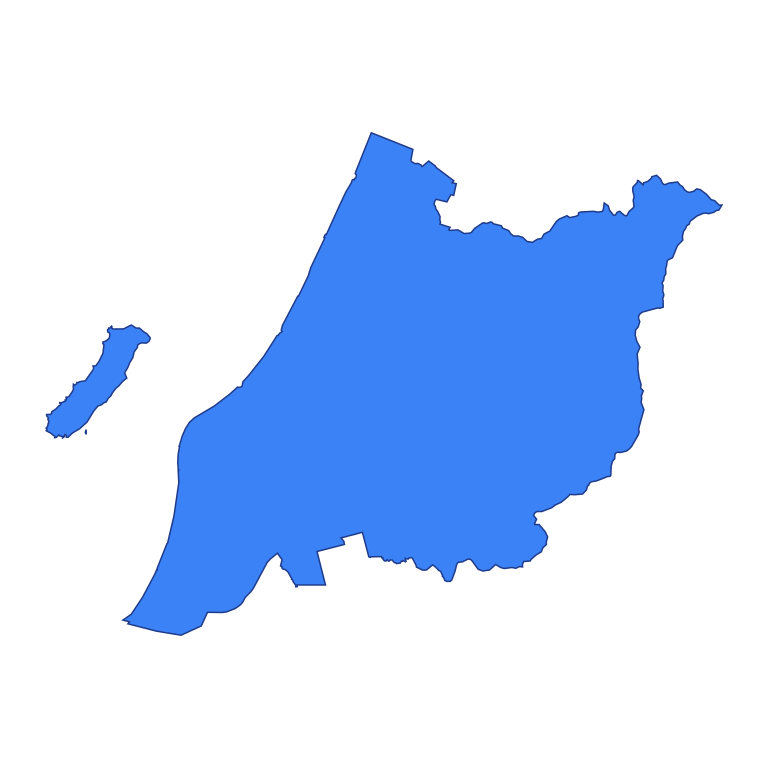 outline of Kapiti Coast District, Wellington, New Zealand
{"feature_id": "76426892B40296921759207", "entity_name": "Kapiti Coast District", "entity_type": "district", "adm_level": 2, "iso_a3": "NZL", "parent_name": "New Zealand", "parent_adm1": "Wellington", "projection": "mercator", "projection_center": [175.125, -40.857], "detail": "fine", "context": "isolated", "style": "filled", "palette": "blue", "viewbox_px": 768, "rotation_deg": 0, "n_neighbors": 0, "source": "geoboundaries", "source_scale": "gbopen_adm2", "svg_char_len": 6062}
<svg xmlns="http://www.w3.org/2000/svg" viewBox="0 0 768 768"><path d="M721.9,205.0L719.2,205.2L714.7,200.7L711.1,199.6L706.5,194.3L700.2,189.6L696.6,188.9L693.7,191.3L689.2,192.4L687.2,191.8L684.7,189.9L682.5,186.6L680.1,185.1L677.6,182.0L668.8,183.1L665.6,184.5L663.8,184.4L662.5,183.3L660.6,179.1L656.6,175.3L651.9,176.7L651.6,177.9L647.8,181.4L643.6,182.8L643.1,184.8L638.4,180.6L637.5,180.5L637.3,182.4L633.2,186.7L632.7,188.2L632.8,191.0L634.1,196.7L633.2,200.3L634.0,206.4L633.0,208.1L629.1,211.4L627.2,215.1L626.2,215.9L624.4,215.4L619.7,211.3L617.1,212.3L615.4,215.0L613.6,215.2L609.6,210.4L608.2,205.8L604.2,203.0L603.4,208.9L602.8,210.8L602.1,211.4L598.3,212.1L593.1,211.3L581.0,212.0L579.0,212.5L578.5,213.2L578.3,215.2L576.0,216.3L569.7,217.6L567.0,215.7L559.3,219.0L556.1,221.8L549.8,231.1L544.1,234.0L541.6,238.5L537.4,239.2L532.5,242.3L527.1,241.5L522.6,237.3L518.0,235.9L514.5,236.1L512.9,235.5L510.6,233.6L508.7,230.6L502.4,228.0L501.5,225.8L493.5,223.8L491.8,222.2L490.7,221.9L486.8,223.5L483.6,222.7L482.6,223.0L474.6,228.4L471.4,232.4L469.3,233.2L464.1,233.5L458.0,229.9L449.8,230.4L448.8,229.9L450.1,227.3L439.9,224.1L440.5,222.6L439.8,219.4L440.1,216.6L437.8,211.6L436.0,209.2L435.3,206.2L434.1,204.6L434.7,201.2L436.1,199.3L446.9,201.9L450.8,194.7L453.7,195.4L456.3,183.7L452.0,182.7L453.8,180.8L436.3,167.6L435.1,165.8L428.7,161.0L422.2,166.6L420.9,164.8L417.5,163.3L416.1,163.8L414.7,163.4L411.3,161.5L410.9,160.4L412.9,149.4L371.3,132.8L355.7,171.8L355.2,173.6L356.4,175.0L356.0,177.5L354.6,178.6L354.3,179.8L353.1,179.5L352.2,180.1L351.3,182.9L346.0,191.7L339.9,204.6L326.6,234.0L326.3,234.6L325.4,234.3L324.6,235.7L323.9,237.5L324.9,237.8L310.8,267.5L308.3,275.7L298.4,296.4L297.7,296.2L282.5,325.3L281.2,330.0L282.2,331.5L279.9,333.0L278.2,335.3L277.1,335.5L263.7,356.5L248.7,375.4L242.9,381.8L242.0,386.4L239.9,387.4L237.5,387.1L229.7,394.2L214.2,406.1L194.4,417.8L189.4,422.4L185.5,428.6L182.3,435.9L179.1,446.5L179.5,446.6L178.1,454.7L177.8,462.7L178.2,469.8L178.7,469.8L178.7,470.8L178.2,470.8L178.8,482.7L174.0,515.7L167.6,543.1L166.9,543.8L157.3,567.9L157.2,569.8L156.8,569.5L154.7,574.4L142.5,597.4L131.3,614.2L122.9,620.1L129.4,621.8L127.9,623.8L156.6,631.2L181.0,635.2L201.3,625.9L207.5,612.3L221.8,612.5L226.6,611.9L235.2,608.5L240.2,605.0L242.6,602.3L245.3,597.3L250.7,591.9L253.4,588.2L267.1,562.6L270.2,559.1L277.4,553.2L282.1,559.7L280.5,565.9L282.1,566.9L281.9,567.9L282.6,568.9L285.2,569.6L287.7,571.6L291.8,578.7L291.6,579.4L292.8,580.1L293.0,581.5L295.6,585.1L295.9,586.9L297.3,586.6L296.7,585.0L325.5,585.0L317.0,551.5L344.5,544.4L343.8,541.2L341.0,537.9L362.4,532.3L368.8,556.8L370.4,557.4L370.9,556.8L381.4,556.6L381.8,557.9L382.8,557.8L383.1,559.4L384.5,560.9L386.2,560.9L386.7,559.9L387.4,559.8L388.4,561.1L389.5,561.0L390.2,560.0L392.1,560.0L394.3,562.6L395.9,562.9L396.5,563.6L400.3,563.1L401.2,561.3L402.4,561.3L402.8,560.6L405.5,561.8L406.1,561.4L405.1,558.4L408.1,559.1L408.6,558.2L411.1,557.6L412.5,558.3L416.0,565.1L416.5,567.1L422.5,570.1L426.5,570.0L432.6,564.9L435.5,567.0L438.9,570.6L440.5,571.2L442.6,575.6L442.3,576.1L444.0,578.2L444.6,580.2L446.6,581.4L450.2,581.4L451.8,579.9L455.1,571.0L456.6,564.7L457.6,562.9L458.9,562.2L462.3,561.9L468.2,559.0L470.5,559.4L472.1,560.9L478.2,569.3L482.9,571.0L489.5,570.0L495.7,564.5L500.6,567.5L504.3,568.5L511.9,567.5L515.9,568.3L519.3,566.6L522.6,566.9L522.4,564.7L523.6,561.5L530.1,561.0L531.3,559.2L536.2,554.9L541.3,551.8L542.9,547.7L546.4,544.5L546.3,542.0L547.6,537.0L545.3,531.9L539.2,524.6L534.7,524.5L534.6,523.7L536.6,519.2L533.7,515.6L534.6,513.1L536.8,511.6L541.9,511.5L551.8,507.7L555.0,505.1L561.3,502.2L567.9,496.7L569.8,494.5L575.1,494.7L582.6,494.0L586.5,489.9L587.4,486.2L588.6,485.4L589.4,483.4L591.3,481.8L596.6,480.9L607.1,476.7L610.1,476.3L610.8,475.4L611.2,465.9L612.5,461.2L614.7,458.8L614.9,454.7L615.6,453.3L617.3,452.2L620.6,452.5L626.6,451.0L629.7,448.6L631.5,446.6L638.2,435.1L639.2,431.8L638.7,430.3L638.8,428.1L643.9,409.6L641.1,402.4L641.7,398.8L641.4,395.9L643.3,390.8L640.6,388.0L641.1,384.5L639.2,378.3L637.9,369.3L638.1,363.1L637.1,354.1L640.0,347.2L636.9,341.6L635.2,335.3L635.6,329.9L638.1,327.1L639.8,321.7L638.6,318.8L638.6,316.3L639.7,314.2L642.3,312.1L657.5,308.0L660.0,308.2L663.2,307.2L663.1,300.5L662.6,298.8L663.6,296.3L663.8,294.4L662.7,291.0L663.1,285.7L662.0,283.0L663.7,280.3L664.2,276.7L665.8,273.9L665.7,268.2L666.5,266.1L667.1,261.3L668.1,259.9L672.5,257.8L677.4,245.7L682.8,240.1L682.4,236.5L683.5,231.5L685.5,228.7L686.7,225.7L689.2,224.2L689.9,221.8L690.9,220.6L697.2,215.9L703.1,213.4L705.3,213.0L708.6,213.7L713.9,212.3L716.2,210.6L719.0,210.0L721.9,205.0ZM136.2,328.1L131.3,325.0L123.5,328.9L113.1,329.0L111.6,328.0L112.0,326.8L111.6,326.1L109.8,328.0L108.6,328.1L108.6,329.1L107.6,329.6L107.5,330.4L107.9,332.2L108.7,332.3L109.8,333.8L109.4,337.9L106.2,340.9L102.8,342.1L102.9,343.8L103.7,344.4L103.9,345.3L102.9,353.4L99.0,361.4L95.9,365.7L93.0,366.0L93.6,368.2L93.0,369.9L85.3,380.8L79.9,381.6L77.8,382.7L76.8,382.5L76.2,384.2L74.7,385.2L73.4,384.2L73.2,387.5L73.5,388.3L72.9,390.7L69.3,396.1L67.5,397.3L66.2,397.1L65.9,397.6L66.6,398.8L66.2,399.7L65.1,400.0L65.5,401.0L61.0,402.9L59.7,402.6L59.7,403.2L60.8,403.8L60.3,405.2L59.1,405.6L55.9,409.0L51.7,411.8L51.5,413.6L50.2,414.4L46.6,414.5L46.7,416.0L48.4,417.8L47.8,419.5L48.5,420.3L48.8,422.7L48.2,423.2L47.7,426.1L47.0,427.0L47.1,427.8L46.1,428.2L47.0,430.2L46.3,430.8L50.6,433.1L54.9,436.5L54.7,437.7L56.6,437.2L58.9,434.9L59.7,435.9L62.6,436.5L62.5,437.4L63.2,437.1L63.1,437.6L64.4,436.6L64.4,435.3L65.0,434.5L66.3,435.1L66.3,437.2L68.0,437.3L72.6,432.9L79.7,428.7L87.1,422.0L93.7,411.1L97.9,406.0L101.3,404.9L103.9,402.8L106.2,402.0L108.2,398.3L110.9,395.8L112.5,392.7L116.0,388.2L118.5,386.2L122.7,381.4L126.8,378.1L124.9,373.8L124.9,372.5L127.8,367.5L129.8,362.5L132.7,358.0L134.1,352.0L137.4,347.4L137.8,344.6L141.4,342.9L146.3,343.1L148.8,341.5L150.2,338.8L150.0,337.4L146.6,333.5L143.8,331.9L139.5,328.1L136.2,328.1ZM86.2,434.3L86.2,430.7L85.9,429.7L85.3,432.6L86.2,434.3Z" fill="#3b82f6" stroke="#1e3a8a" stroke-width="1.5"/></svg>